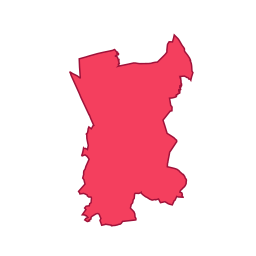 outline of Penkules pag., Dobele, Latvia, rotated 282°
{"feature_id": "27541924B17832608413476", "entity_name": "Penkules pag.", "entity_type": "district", "adm_level": 2, "iso_a3": "LVA", "parent_name": "Latvia", "parent_adm1": "Dobele", "projection": "orthographic", "projection_center": [23.225, 56.49], "detail": "fine", "context": "isolated", "style": "filled", "palette": "rose", "viewbox_px": 256, "rotation_deg": 282, "n_neighbors": 0, "source": "geoboundaries", "source_scale": "gbopen_adm2", "svg_char_len": 5409}
<svg xmlns="http://www.w3.org/2000/svg" viewBox="0 0 256 256"><g transform="rotate(282 128 128)"><path d="M170.5,59.6L168.3,61.2L168.1,61.1L151.8,73.1L149.9,74.4L148.4,75.4L147.6,76.0L132.8,87.2L132.9,87.4L129.2,89.8L123.4,94.0L122.9,93.3L120.5,92.6L119.6,92.2L120.2,91.0L120.9,89.5L119.0,89.2L116.7,89.4L114.7,89.4L113.7,88.5L113.3,88.5L113.1,89.0L109.4,89.9L108.1,90.4L102.6,92.8L98.5,92.8L99.2,90.8L99.0,90.6L99.0,88.8L99.1,88.7L96.6,88.8L93.1,88.7L91.7,88.4L91.2,88.9L91.4,89.4L92.5,91.0L92.7,92.0L91.9,93.4L92.0,93.7L91.0,94.7L91.0,94.8L89.4,96.4L87.3,96.0L81.7,94.8L78.8,94.6L77.0,93.8L75.7,93.8L74.0,94.1L73.7,94.3L69.6,94.1L68.3,95.6L64.2,97.6L55.7,92.8L55.2,93.3L54.7,94.0L53.5,94.7L54.8,98.2L54.5,100.1L53.9,102.1L53.1,102.4L52.5,103.7L52.3,104.1L52.8,106.1L52.0,106.8L47.3,107.4L46.1,106.3L43.9,106.3L42.8,103.3L40.7,102.2L39.5,103.8L33.6,101.3L34.0,103.9L33.4,104.5L33.6,105.4L32.2,107.4L31.1,106.0L30.8,105.6L29.1,104.8L28.2,107.2L28.1,107.5L28.1,107.9L28.5,108.6L29.2,109.6L29.7,109.0L31.3,110.7L32.9,110.4L34.1,111.1L37.4,114.6L37.5,114.7L38.1,116.3L38.1,116.5L37.6,117.7L37.4,117.9L36.4,118.5L35.3,119.3L33.9,120.3L31.8,119.8L27.4,122.5L28.6,125.1L29.0,125.9L29.2,126.0L29.5,131.6L29.3,131.7L29.4,131.9L28.9,132.6L29.3,133.0L29.7,134.5L30.0,135.6L30.8,137.3L31.1,138.0L31.3,138.3L31.6,138.5L32.3,140.3L33.3,141.2L35.5,142.1L39.5,154.2L39.8,154.8L40.7,154.7L41.3,154.5L42.4,153.4L45.4,152.5L47.3,151.2L48.9,148.9L50.0,147.1L50.6,147.0L52.7,147.1L53.7,147.0L55.8,148.1L58.8,148.0L60.5,148.7L64.6,148.2L65.5,148.5L65.7,149.0L66.0,150.6L66.1,151.5L66.2,152.0L67.3,153.9L67.8,154.2L67.4,154.4L66.9,154.8L66.1,155.9L65.7,156.7L64.4,159.5L64.1,161.0L62.9,164.1L62.5,166.6L63.5,168.9L63.7,169.9L63.5,170.1L64.9,172.6L61.7,175.3L63.6,179.5L62.3,183.1L62.1,184.5L62.0,187.3L66.5,188.3L67.2,189.0L71.2,189.9L71.0,191.5L71.7,196.2L72.1,196.0L73.3,194.8L74.5,194.9L75.9,193.9L76.0,192.1L76.5,192.1L77.3,192.2L78.0,192.4L79.3,193.4L80.4,194.0L81.2,194.6L82.5,195.5L84.5,196.2L85.8,196.4L87.5,196.1L88.5,196.1L89.4,195.9L90.1,195.4L91.0,194.3L91.4,194.1L92.3,193.6L92.7,193.2L93.5,192.2L93.8,192.1L94.0,191.9L93.8,191.6L95.9,187.9L96.9,186.6L97.8,184.4L98.1,181.9L98.2,178.9L98.3,174.5L101.6,174.0L102.8,174.1L103.4,174.0L109.5,173.9L113.2,173.8L114.7,174.5L124.6,178.4L124.7,178.5L126.1,178.1L127.4,175.8L128.0,175.0L129.1,172.2L130.9,167.4L131.0,167.3L138.8,163.0L140.3,162.1L143.0,160.6L153.2,165.7L154.0,167.4L157.2,166.8L157.4,166.8L158.2,166.3L158.9,165.1L159.1,165.1L159.3,165.0L165.8,162.4L166.6,165.0L167.5,166.9L167.9,167.6L168.6,168.6L168.9,168.8L169.3,168.5L169.7,168.4L170.1,168.3L170.5,168.4L170.6,168.5L170.7,168.8L170.8,169.2L170.9,169.5L171.2,169.6L171.6,169.6L171.8,169.9L172.1,170.0L172.3,170.2L172.6,170.9L173.0,171.3L173.4,171.1L173.6,170.8L173.8,170.8L174.0,171.2L174.4,171.1L174.8,171.0L175.0,170.9L175.0,170.7L174.8,170.4L174.7,170.3L174.7,170.0L175.2,169.9L175.2,170.0L175.3,170.2L175.5,170.1L175.6,169.8L175.9,169.7L176.0,169.7L176.2,169.9L176.3,170.5L176.2,170.6L176.0,171.0L176.2,171.3L176.4,171.3L176.7,171.1L176.8,171.0L176.7,170.9L176.9,170.9L177.0,171.1L177.0,171.3L177.9,170.9L178.3,170.6L178.6,170.5L178.6,170.4L178.4,170.3L178.4,170.2L178.6,170.1L179.0,170.3L179.1,170.2L179.5,170.1L179.4,170.3L179.5,170.4L179.8,170.2L179.9,170.3L179.8,170.6L179.4,170.8L179.3,171.0L179.2,171.1L179.3,171.3L179.6,171.2L180.2,171.1L180.3,171.3L181.0,170.9L181.1,171.1L181.2,171.3L181.3,171.5L181.6,171.3L181.8,171.3L182.0,171.1L182.5,171.1L182.7,170.8L183.1,170.6L183.1,170.4L183.3,170.3L183.6,170.4L184.2,170.3L184.6,170.1L185.1,170.0L185.9,169.8L186.4,169.5L186.6,169.4L187.1,169.4L187.5,169.1L188.0,169.0L188.0,168.9L187.8,168.7L188.2,168.5L188.5,168.5L188.4,168.4L188.5,168.3L188.6,168.2L188.9,168.3L189.0,168.3L188.9,168.8L189.0,168.8L189.1,168.7L189.3,168.4L190.5,172.4L190.3,172.9L190.3,173.4L190.1,174.0L189.7,174.7L189.7,175.3L189.7,175.9L189.5,176.4L189.0,177.0L188.5,177.4L188.7,178.6L187.8,179.5L188.8,179.5L191.7,179.6L195.7,180.0L196.6,179.0L197.2,178.7L198.2,178.4L201.8,177.4L204.0,176.6L205.4,175.8L207.1,174.7L207.3,175.0L208.4,174.2L209.2,173.6L211.4,171.4L214.8,167.4L215.2,167.2L217.2,166.7L217.6,166.4L218.7,165.3L219.3,164.5L220.6,163.2L224.4,159.8L225.7,158.4L226.1,157.8L228.6,153.9L225.6,153.9L221.5,153.6L220.9,150.6L220.9,150.3L218.2,149.3L217.3,149.3L212.6,149.8L210.5,150.2L210.1,150.2L208.0,149.2L206.8,148.5L198.6,143.1L197.8,140.6L197.2,139.2L196.0,136.9L195.7,135.9L195.4,135.0L193.4,126.2L193.2,124.4L193.1,121.9L192.8,120.1L192.2,118.7L190.6,115.2L187.2,107.4L186.3,105.5L187.1,106.0L187.4,106.1L187.6,106.1L187.9,105.5L188.0,105.4L188.6,105.4L188.8,105.5L189.0,105.8L189.2,106.0L189.3,106.1L189.6,106.0L190.1,105.5L191.4,105.2L191.5,104.8L191.8,104.6L192.2,104.7L192.3,105.0L193.2,104.9L193.3,104.8L193.3,104.1L193.5,103.7L193.8,103.5L194.5,103.3L196.0,101.9L196.0,101.5L195.6,101.2L195.6,100.8L195.8,100.7L196.1,100.9L196.8,101.5L197.1,102.0L197.6,103.2L198.1,103.4L198.5,103.4L198.7,103.2L198.8,102.8L199.0,102.4L198.8,101.7L199.0,101.5L199.3,101.6L199.5,102.0L199.9,102.1L200.0,101.9L199.9,101.8L199.8,101.6L199.9,101.2L200.3,100.8L200.7,100.1L201.3,99.5L201.9,98.8L202.1,98.8L202.3,98.9L200.7,96.8L200.6,96.5L199.6,94.3L197.9,90.4L196.9,88.1L194.4,82.7L193.3,80.6L190.7,75.6L189.7,73.8L188.9,72.4L185.5,65.9L177.7,67.9L167.2,70.9L167.0,70.7L168.5,67.3L169.7,62.6L170.7,59.9L170.5,59.6Z" fill="#f43f5e" stroke="#9f1239" stroke-width="1.5"/></g></svg>